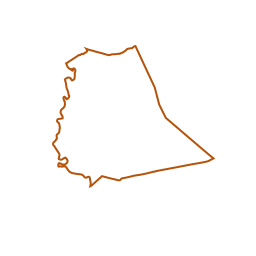 outline of Matam, Matam, Senegal, rotated 215°
{"feature_id": "50182788B95113260184043", "entity_name": "Matam", "entity_type": "district", "adm_level": 2, "iso_a3": "SEN", "parent_name": "Senegal", "parent_adm1": "Matam", "projection": "albers", "projection_center": [-13.438, 15.719], "detail": "fine", "context": "isolated", "style": "outline", "palette": "amber", "viewbox_px": 256, "rotation_deg": 215, "n_neighbors": 0, "source": "geoboundaries", "source_scale": "gbopen_adm2", "svg_char_len": 5826}
<svg xmlns="http://www.w3.org/2000/svg" viewBox="0 0 256 256"><g transform="rotate(215 128 128)"><path d="M215.5,145.7L215.3,145.5L215.3,145.4L215.5,145.3L214.6,144.7L213.4,144.0L212.3,143.3L211.5,143.1L210.7,143.0L209.8,143.0L209.1,143.1L208.8,143.2L208.7,143.2L206.8,143.1L206.4,143.1L206.1,143.3L206.2,143.6L206.3,143.8L206.4,143.7L206.5,143.7L206.8,143.5L207.0,143.5L208.0,143.4L208.3,143.6L207.2,144.6L207.0,144.9L206.8,145.5L206.6,145.7L206.2,145.9L205.8,145.8L205.2,145.7L204.5,145.4L204.3,145.1L203.9,144.6L203.5,143.8L203.4,143.3L203.3,142.8L203.2,142.5L203.0,142.3L202.8,142.0L202.3,141.3L201.6,140.3L201.3,139.9L200.8,139.1L200.3,138.0L200.1,137.4L200.2,137.0L200.3,136.3L200.6,135.5L200.9,135.1L201.1,134.9L201.5,134.9L202.4,135.2L203.3,135.7L203.8,135.8L204.1,135.9L204.3,135.8L204.8,135.6L205.7,135.2L206.1,134.9L206.3,134.6L207.0,133.4L207.4,132.4L207.5,132.0L207.5,131.7L207.4,131.4L207.1,131.2L206.3,130.7L206.0,130.1L205.7,130.0L205.2,129.7L204.7,129.2L204.1,128.5L203.3,127.7L202.2,126.6L201.8,126.1L201.4,125.7L199.9,124.7L198.7,123.9L197.6,123.0L196.4,121.9L195.5,121.0L195.3,120.8L195.2,120.8L195.0,120.7L194.7,120.7L194.1,119.8L194.0,119.5L194.0,119.2L194.1,118.4L194.3,117.4L194.4,116.9L194.6,116.6L194.8,116.4L195.0,116.4L195.3,116.4L195.7,116.6L196.0,116.9L196.6,117.1L197.3,117.2L197.7,117.2L198.1,117.1L198.3,116.7L198.4,116.4L198.3,116.0L198.0,115.5L197.3,114.8L196.3,114.0L195.9,113.7L195.6,113.7L195.3,113.6L195.1,113.4L194.7,113.0L194.1,112.3L193.5,111.6L192.9,110.6L192.5,109.7L192.4,109.1L192.4,108.6L192.4,108.0L192.4,107.7L192.8,105.9L193.1,105.1L193.1,104.8L193.1,104.4L193.0,103.8L192.7,103.3L192.5,102.6L192.3,102.2L192.1,102.0L191.3,101.4L190.4,100.8L189.9,100.6L189.5,100.5L189.1,100.5L188.8,100.2L188.1,99.7L187.6,99.2L187.2,98.7L187.1,98.4L187.2,98.2L187.5,98.0L187.7,97.9L188.1,97.3L188.4,97.0L189.5,96.1L190.1,95.6L190.5,95.1L190.6,94.6L190.6,94.0L190.4,93.5L190.1,93.1L189.7,92.7L189.2,92.5L188.1,92.5L187.7,92.4L187.1,92.1L186.1,91.4L184.3,89.5L183.7,88.7L183.5,88.1L183.3,87.5L183.1,87.1L182.3,86.0L182.1,85.4L182.0,84.7L182.0,83.8L182.2,82.7L182.4,81.8L182.3,81.1L182.0,80.6L181.6,80.2L181.0,79.5L180.7,79.2L180.4,78.9L180.3,78.5L180.1,78.2L180.3,77.9L180.2,76.5L180.2,76.3L180.1,75.8L180.3,75.2L180.5,74.4L180.6,74.1L180.7,73.5L180.7,73.3L180.6,72.9L180.5,72.4L180.3,72.1L180.1,71.8L179.6,71.3L179.2,71.1L178.6,70.9L178.1,70.9L177.6,70.8L177.1,70.5L176.2,70.1L175.3,69.8L174.9,69.6L174.1,69.3L172.4,68.6L171.9,68.4L171.3,68.2L170.4,67.8L169.2,67.2L168.6,66.5L168.2,65.9L168.1,65.5L167.9,65.0L167.8,64.7L167.6,64.4L167.4,63.6L167.2,63.1L166.7,62.9L166.0,63.0L165.4,63.2L164.9,63.5L164.3,64.0L164.1,64.3L163.9,64.7L163.6,65.2L163.4,66.0L163.0,66.8L162.6,67.5L162.3,67.8L162.1,67.8L161.5,67.7L161.0,67.6L160.1,67.4L159.2,66.8L158.7,66.5L158.3,65.9L158.2,65.3L158.0,64.5L158.1,63.7L158.3,62.9L158.7,62.0L159.3,61.5L159.9,61.0L160.2,60.8L160.8,60.5L161.3,60.3L162.1,60.3L163.0,60.1L163.4,60.1L164.1,59.8L164.4,59.5L164.5,59.2L164.4,58.8L164.2,58.5L164.0,57.8L163.8,57.5L163.6,57.2L163.2,56.9L163.0,56.7L162.7,56.6L162.4,56.7L162.3,56.8L162.0,57.2L161.7,57.6L161.2,57.9L160.7,58.1L160.3,58.2L159.9,58.4L159.3,59.1L158.8,59.6L158.0,60.2L157.3,60.4L156.8,60.5L156.2,60.4L155.8,60.3L155.5,60.1L155.1,60.0L154.6,59.8L153.0,59.2L151.7,58.8L151.1,58.7L150.7,58.6L150.4,58.7L148.6,58.9L147.6,59.2L146.2,59.8L144.1,60.8L141.9,61.9L141.4,62.2L140.3,62.8L139.3,63.3L138.6,63.4L137.9,63.4L136.2,63.1L135.3,62.8L134.9,62.8L134.4,62.9L133.8,63.3L133.5,63.8L132.6,65.2L132.1,65.6L131.9,65.7L131.5,65.7L131.1,65.5L130.6,65.2L130.2,64.7L129.0,63.5L127.9,62.6L127.1,61.7L126.6,60.9L126.0,59.8L125.6,59.0L125.5,58.7L125.2,59.2L124.6,60.8L124.3,62.2L124.0,63.8L123.6,65.2L123.4,66.2L123.2,66.9L122.9,68.3L122.6,69.7L122.3,70.9L121.9,72.4L121.7,73.6L111.6,77.4L108.4,78.7L105.6,79.8L105.3,80.0L105.0,80.3L104.7,80.6L104.6,81.0L104.4,81.9L104.4,82.7L104.3,82.9L104.2,83.1L99.8,87.7L95.7,92.4L91.1,96.8L86.8,101.3L82.5,106.3L80.5,108.3L80.4,108.7L79.1,110.0L78.0,111.1L76.9,112.3L72.9,116.3L70.6,118.7L66.4,123.0L59.2,130.4L57.2,132.5L47.6,142.1L43.7,146.3L43.0,147.4L40.5,152.1L47.8,152.7L73.3,155.1L102.9,158.0L115.9,165.1L129.3,176.5L149.1,187.9L168.9,199.4L169.1,199.2L169.4,198.9L169.6,198.5L169.8,198.1L170.0,197.6L170.0,197.1L170.2,196.6L170.4,196.2L170.6,195.7L171.0,195.2L171.6,194.8L171.9,194.5L172.2,194.2L172.3,194.0L172.7,193.7L173.0,193.4L173.2,193.2L173.4,193.0L173.6,192.6L173.9,192.4L174.0,192.1L174.1,191.3L174.2,190.9L174.4,190.4L174.5,189.9L174.6,189.5L174.7,188.9L175.0,188.3L175.2,188.0L175.3,187.6L175.6,186.9L175.9,186.3L176.6,185.5L176.8,184.8L177.2,184.6L177.4,184.2L177.5,183.8L177.9,183.6L178.2,183.4L178.6,183.2L179.1,182.7L179.4,182.4L179.7,182.1L180.1,181.7L180.6,181.3L181.1,180.9L181.4,180.6L182.4,180.0L182.7,179.7L183.0,179.4L183.3,179.2L183.7,178.8L183.9,178.4L184.2,178.1L184.4,177.8L184.7,177.6L185.0,177.4L185.1,177.1L185.4,176.7L185.8,176.5L186.4,176.3L186.9,176.1L187.4,175.9L188.0,175.7L189.4,175.3L190.1,175.0L190.6,174.9L191.4,174.5L192.0,174.4L192.4,174.2L192.8,174.1L193.4,173.8L193.9,173.6L194.7,173.4L195.3,173.1L196.0,172.8L197.2,172.5L197.8,172.2L199.1,171.7L199.8,171.5L200.3,171.3L200.9,171.2L201.4,171.0L202.0,170.7L202.8,170.5L203.4,170.2L204.0,170.0L205.1,169.6L205.5,169.5L206.0,169.3L206.5,169.3L206.8,169.0L207.3,168.9L207.0,168.8L206.5,168.4L206.0,168.1L205.8,167.8L205.5,167.1L205.5,166.8L205.6,166.4L205.7,166.1L205.9,165.5L206.2,165.3L206.4,165.1L206.4,164.9L206.6,164.3L206.8,163.9L206.8,163.5L206.9,163.2L207.2,162.8L207.6,162.6L207.9,162.6L208.2,162.3L208.5,162.0L208.7,161.4L208.9,160.9L209.0,160.4L209.2,160.2L209.4,159.9L209.6,159.8L210.0,159.7L210.1,159.4L210.3,159.0L210.5,158.5L210.7,158.0L210.9,157.4L212.4,153.7L212.9,152.4L213.5,150.9L214.2,149.3L215.2,146.6L215.5,145.7Z" fill="none" stroke="#b45309" stroke-width="2"/></g></svg>